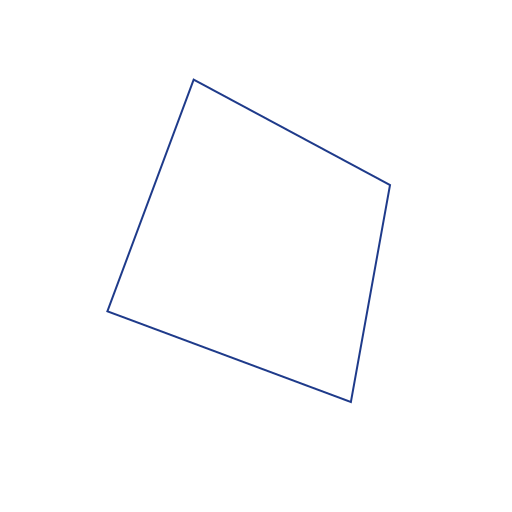 the district of 47, Ad Dawhah, Qatar, rotated 227°
{"feature_id": "91078587B84345070687923", "entity_name": "47", "entity_type": "district", "adm_level": 2, "iso_a3": "QAT", "parent_name": "Qatar", "parent_adm1": "Ad Dawhah", "projection": "albers", "projection_center": [51.56, 25.239], "detail": "fine", "context": "isolated", "style": "outline", "palette": "blue", "viewbox_px": 512, "rotation_deg": 227, "n_neighbors": 0, "source": "geoboundaries", "source_scale": "gbopen_adm2", "svg_char_len": 249}
<svg xmlns="http://www.w3.org/2000/svg" viewBox="0 0 512 512"><g transform="rotate(227 256 256)"><path d="M216.5,402.4L427.5,330.7L316.9,109.6L311.9,112.1L125.5,205.3L84.5,225.8L216.5,402.4Z" fill="none" stroke="#1e3a8a" stroke-width="2"/></g></svg>